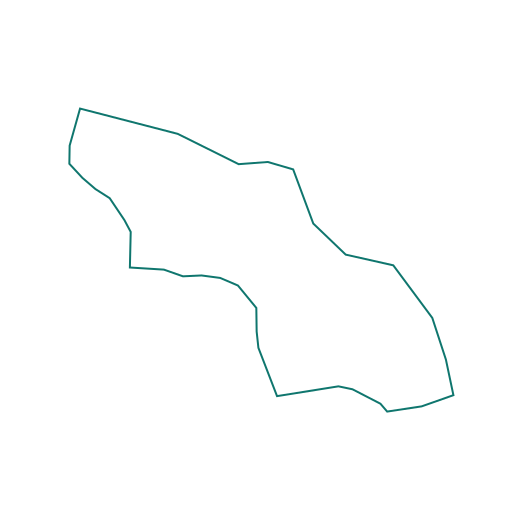 the border of Cankova, rotated 164°
{"feature_id": "SVN-926", "entity_name": "Cankova", "entity_type": "Municipality", "adm_level": 1, "iso_a3": "SVN", "parent_name": "Slovenia", "parent_adm1": "", "projection": "robinson", "projection_center": [16.051, 46.7], "detail": "fine", "context": "isolated", "style": "outline", "palette": "teal", "viewbox_px": 512, "rotation_deg": 164, "n_neighbors": 0, "source": "natural_earth", "source_scale": "10m", "svg_char_len": 582}
<svg xmlns="http://www.w3.org/2000/svg" viewBox="0 0 512 512"><g transform="rotate(164 256 256)"><path d="M196.4,329.0L192.0,271.4L169.4,232.6L126.6,209.2L103.6,147.9L102.0,104.1L104.6,67.8L138.2,65.8L172.8,70.3L177.1,79.7L200.0,101.3L212.7,108.0L274.4,115.5L279.0,167.1L276.2,183.2L270.0,206.0L281.5,232.6L296.5,244.8L313.7,252.3L331.8,256.6L348.3,268.3L380.4,279.7L369.8,313.7L372.6,326.8L380.7,351.9L391.9,364.6L401.3,378.9L410.0,396.1L404.7,413.5L384.5,446.2L297.6,395.0L247.3,349.0L246.6,348.9L218.7,343.1L196.4,329.0Z" fill="none" stroke="#0f766e" stroke-width="2"/></g></svg>